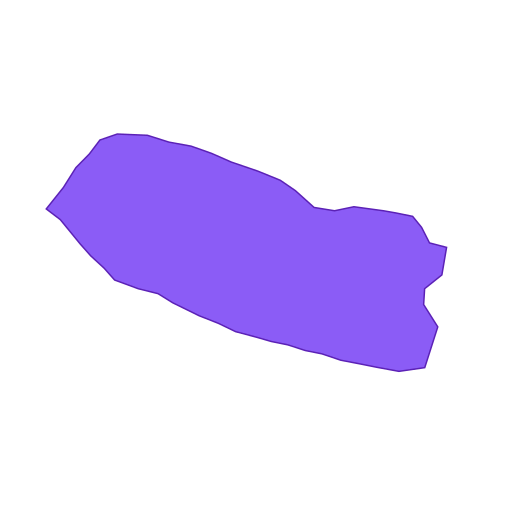 outline of Vitsada, Cyprus, rotated 341°
{"feature_id": "46923920B87437157702699", "entity_name": "Vitsada", "entity_type": "district", "adm_level": 2, "iso_a3": "CYP", "parent_name": "Cyprus", "parent_adm1": "", "projection": "albers", "projection_center": [33.652, 35.236], "detail": "fine", "context": "isolated", "style": "filled", "palette": "violet", "viewbox_px": 512, "rotation_deg": 341, "n_neighbors": 0, "source": "geoboundaries", "source_scale": "gbopen_adm2", "svg_char_len": 763}
<svg xmlns="http://www.w3.org/2000/svg" viewBox="0 0 512 512"><g transform="rotate(341 256 256)"><path d="M391.4,254.8L364.6,241.3L345.0,238.8L326.7,229.0L314.5,207.0L303.6,192.3L285.3,176.3L263.3,159.2L247.4,144.5L230.4,131.0L210.8,120.0L192.6,106.5L164.5,95.5L146.2,95.5L131.6,105.3L114.5,113.8L96.2,128.5L83.9,136.3L73.0,143.2L82.8,157.9L93.7,187.4L99.8,202.1L108.4,218.0L114.5,232.7L134.0,248.6L151.1,259.7L162.0,273.1L182.8,294.0L198.6,307.5L212.1,320.9L230.4,333.2L242.6,341.8L257.2,350.4L271.8,361.4L286.5,370.0L302.3,382.2L319.4,392.0L334.1,400.6L353.6,411.6L379.2,416.5L404.8,382.2L398.7,356.5L404.8,341.8L425.6,334.4L439.0,309.9L424.3,300.1L421.9,282.9L417.0,269.5L402.4,260.9L391.4,254.8Z" fill="#8b5cf6" stroke="#5b21b6" stroke-width="1.5"/></g></svg>